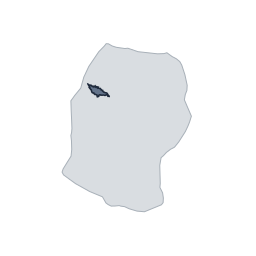 Ramapepe, Leribe, Lesotho shown in context, rotated 327°
{"feature_id": "5366337B9822317619474", "entity_name": "Ramapepe", "entity_type": "district", "adm_level": 2, "iso_a3": "LSO", "parent_name": "Lesotho", "parent_adm1": "Leribe", "projection": "robinson", "projection_center": [28.135, -29.017], "detail": "fine", "context": "in_parent", "style": "filled", "palette": "slate", "viewbox_px": 256, "rotation_deg": 327, "n_neighbors": 0, "source": "geoboundaries", "source_scale": "gbopen_adm2", "svg_char_len": 4096}
<svg xmlns="http://www.w3.org/2000/svg" viewBox="0 0 256 256"><g transform="rotate(327 128 128)"><path d="M163.0,167.3L156.9,169.3L156.0,169.4L152.1,169.0L146.9,169.4L142.7,170.5L139.6,170.9L134.3,176.6L124.9,192.0L122.4,195.2L121.7,201.2L119.5,206.0L116.8,209.7L114.2,210.6L106.3,209.1L96.2,207.2L90.3,202.6L85.1,196.5L82.3,192.1L79.4,189.6L78.4,188.3L74.3,186.2L72.8,185.2L71.4,184.4L69.7,181.5L68.7,178.9L69.1,171.8L66.2,167.6L61.2,160.3L58.1,154.4L53.8,146.3L51.1,139.4L48.4,132.2L48.7,129.1L51.3,127.0L58.9,123.4L64.9,120.6L69.1,115.4L73.7,107.8L76.0,103.2L78.2,101.1L80.7,97.9L85.0,90.7L89.7,82.7L94.9,74.1L101.3,71.6L110.1,68.8L118.6,61.3L128.7,55.0L145.1,48.1L152.7,46.4L155.6,45.4L157.4,46.7L159.4,50.6L162.1,53.9L168.6,59.6L171.3,61.0L177.9,69.4L185.0,75.2L193.2,81.9L198.7,85.2L201.6,86.1L203.9,92.1L206.3,96.4L207.6,100.6L207.3,104.6L204.7,114.4L200.9,124.4L197.9,128.5L194.2,131.2L190.6,135.1L189.2,143.2L187.6,152.6L182.9,156.5L179.2,159.1L174.2,162.2L163.0,167.3Z" fill="#d9dde1" stroke="#a8b0b8" stroke-width="1"/><path d="M129.6,90.9L129.4,90.7L129.4,90.1L129.4,89.8L129.4,89.7L129.2,89.2L129.4,88.5L129.4,88.2L129.4,87.8L129.4,87.6L129.3,87.3L129.3,87.2L129.2,87.0L129.1,86.9L128.9,86.6L128.7,86.5L128.6,86.4L128.4,86.3L128.3,86.1L128.1,85.8L128.0,85.7L127.9,85.6L127.7,85.5L127.7,85.3L127.6,85.2L127.5,84.8L127.4,84.8L127.4,84.7L127.1,84.5L127.1,84.4L127.1,84.2L126.9,83.8L126.9,83.6L126.8,83.3L126.8,83.1L126.9,82.9L126.9,82.7L126.7,82.5L126.7,82.3L126.8,82.3L126.7,82.2L126.6,81.9L126.6,81.7L126.7,81.4L126.6,81.2L126.4,81.2L126.5,81.0L126.3,80.5L126.3,80.3L126.2,80.1L126.2,79.9L126.3,79.8L126.3,79.7L126.1,79.6L125.9,79.6L125.7,79.5L125.7,79.4L125.5,79.2L125.4,79.2L125.3,78.9L125.2,78.8L124.9,78.6L124.8,78.4L124.7,78.3L124.8,78.2L124.7,78.2L124.8,78.0L124.7,78.0L124.7,77.9L124.4,77.8L124.4,77.7L124.2,77.6L124.2,77.4L124.2,77.1L124.3,77.2L124.5,76.8L124.5,76.7L124.4,76.6L124.5,76.6L124.3,76.4L124.2,76.3L124.0,76.2L123.9,76.1L123.7,76.1L123.6,75.9L123.6,75.7L123.5,75.8L123.4,75.9L123.4,75.7L123.3,75.8L123.2,75.7L123.2,75.8L123.1,76.0L122.9,75.9L122.8,75.7L122.8,75.8L122.8,75.7L122.7,75.7L122.7,75.4L122.7,75.2L122.4,75.0L122.4,74.6L122.2,74.7L122.2,74.8L122.0,74.7L121.9,74.6L121.7,74.5L121.4,74.5L121.4,74.4L121.2,74.5L121.2,74.4L121.1,74.2L121.0,73.9L120.8,73.7L120.8,73.3L120.7,73.2L120.4,73.0L120.3,72.9L120.4,72.7L120.5,72.6L120.4,72.5L120.4,72.4L120.4,72.2L120.3,71.9L120.2,71.9L120.1,72.0L119.9,72.0L119.9,71.9L119.7,71.7L119.4,71.5L119.4,71.4L119.4,71.2L119.1,71.1L119.0,70.9L118.9,70.8L118.8,70.7L118.6,70.2L118.6,69.8L118.5,69.7L118.3,69.4L118.2,69.7L118.2,69.8L118.2,70.0L118.3,70.1L118.2,70.2L118.2,70.3L118.2,70.5L118.2,70.8L118.2,71.0L118.1,71.3L118.1,71.6L118.2,71.9L118.1,72.0L118.2,71.9L118.2,72.0L118.1,72.3L118.1,72.6L118.1,72.8L118.1,73.0L117.9,73.0L117.5,73.0L117.6,73.4L117.5,73.7L117.5,73.8L117.6,74.0L117.7,74.3L117.8,74.3L117.8,74.5L117.8,74.8L117.7,75.0L117.6,75.3L117.2,75.7L117.5,75.6L118.0,76.0L117.9,76.2L117.8,76.3L117.7,76.5L117.7,76.9L117.6,77.1L117.5,77.3L117.5,77.6L117.4,77.7L117.3,77.8L117.3,78.2L117.2,78.5L117.2,78.8L117.5,79.2L117.6,79.5L117.8,79.7L118.0,79.7L118.2,79.8L118.3,79.8L118.5,80.0L118.4,80.3L118.2,80.8L118.4,81.1L118.5,81.3L118.4,81.5L118.5,81.9L118.9,82.0L119.0,82.0L119.1,82.3L119.3,82.5L119.5,82.7L119.6,82.8L119.6,83.0L119.8,83.2L119.8,83.4L119.9,83.5L119.7,83.8L119.7,84.0L119.6,84.3L119.4,84.5L119.4,84.8L119.3,85.1L119.5,85.1L119.8,85.2L119.7,85.3L119.8,85.4L120.1,85.5L120.3,85.6L120.2,85.5L120.3,85.5L120.6,85.5L120.7,85.4L120.8,85.4L120.9,85.1L121.0,85.1L121.3,85.0L121.5,84.9L121.5,84.7L121.8,84.6L122.0,84.6L122.3,84.7L122.5,84.8L122.7,85.0L122.8,85.2L122.9,85.4L123.0,85.4L123.1,85.7L123.3,85.8L123.4,85.7L123.5,85.8L123.6,86.0L123.8,86.1L124.2,86.4L124.4,86.5L124.5,86.6L124.8,86.7L125.0,86.8L125.5,87.1L125.8,87.4L125.9,87.6L126.0,87.7L126.1,87.9L126.2,88.0L126.6,88.2L126.7,88.3L126.8,88.3L127.0,88.3L127.3,88.2L127.7,88.3L127.9,88.3L128.0,88.3L128.1,88.5L128.3,89.0L128.5,89.8L128.4,90.5L128.8,90.7L129.4,91.3L129.6,91.1L129.6,90.9Z" fill="#64748b" stroke="#1e293b" stroke-width="1.5"/></g></svg>